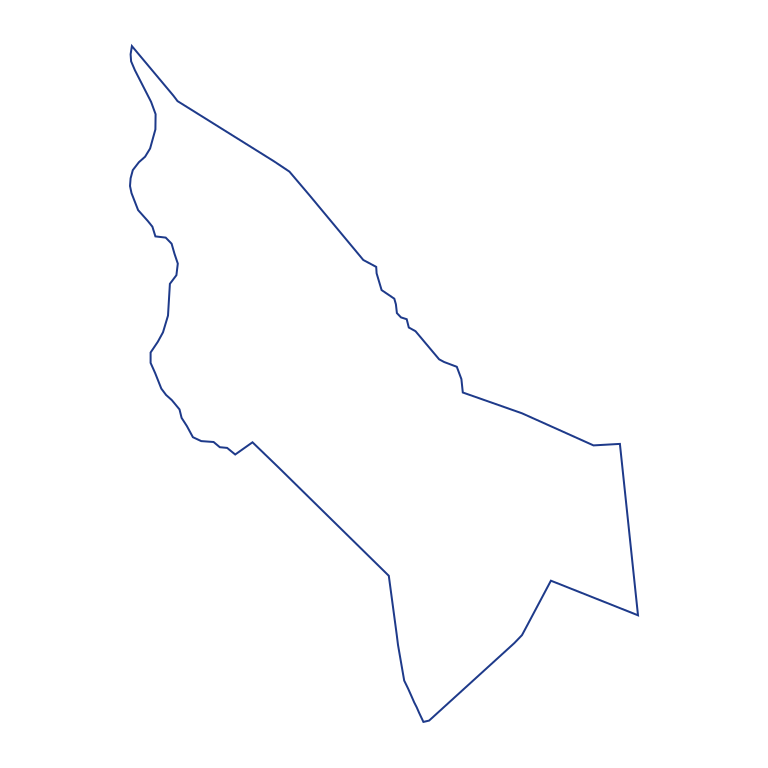 the district of Campo Largo do Piauí, Piauí, Brazil
{"feature_id": "56859067B64351752657769", "entity_name": "Campo Largo do Piauí", "entity_type": "district", "adm_level": 2, "iso_a3": "BRA", "parent_name": "Brazil", "parent_adm1": "Piauí", "projection": "robinson", "projection_center": [-42.593, -3.868], "detail": "fine", "context": "isolated", "style": "outline", "palette": "blue", "viewbox_px": 768, "rotation_deg": 0, "n_neighbors": 0, "source": "geoboundaries", "source_scale": "gbopen_adm2", "svg_char_len": 1154}
<svg xmlns="http://www.w3.org/2000/svg" viewBox="0 0 768 768"><path d="M155.4,236.4L165.7,237.6L171.6,243.7L174.5,253.8L177.8,263.6L176.4,275.2L169.9,283.8L168.0,315.6L163.0,332.3L157.8,341.8L150.6,352.5L150.6,362.9L155.2,373.2L161.3,388.6L166.1,395.0L171.8,400.1L179.5,409.4L181.6,417.9L186.9,426.1L192.9,437.2L201.2,441.1L213.6,442.0L219.8,447.2L227.1,447.9L235.2,454.5L252.5,442.3L278.9,467.8L388.8,575.8L396.7,634.5L398.0,644.9L404.2,680.6L408.1,688.6L411.8,696.9L414.2,702.4L416.7,707.3L419.1,712.8L423.4,721.9L429.1,720.6L514.3,643.1L522.0,635.1L527.4,625.0L550.9,580.7L638.0,615.3L619.9,443.9L593.5,445.4L522.0,413.3L462.8,392.5L461.4,379.1L456.8,366.8L444.1,362.0L439.1,359.3L415.5,331.2L408.8,327.5L406.7,319.2L401.0,317.4L396.9,313.1L395.9,304.3L394.3,298.7L381.6,290.1L376.6,273.3L376.2,266.9L363.3,260.0L322.9,211.4L309.1,194.8L289.4,171.6L273.8,161.2L177.5,101.1L173.5,95.8L131.9,46.1L130.6,54.3L131.1,61.3L134.9,70.2L151.1,101.9L155.6,114.2L155.4,129.4L150.1,148.5L145.1,156.7L138.9,162.2L132.8,170.1L130.6,178.3L130.0,186.0L131.5,193.1L138.1,210.1L147.9,221.1L152.4,226.7L155.4,236.4Z" fill="none" stroke="#1e3a8a" stroke-width="2"/></svg>